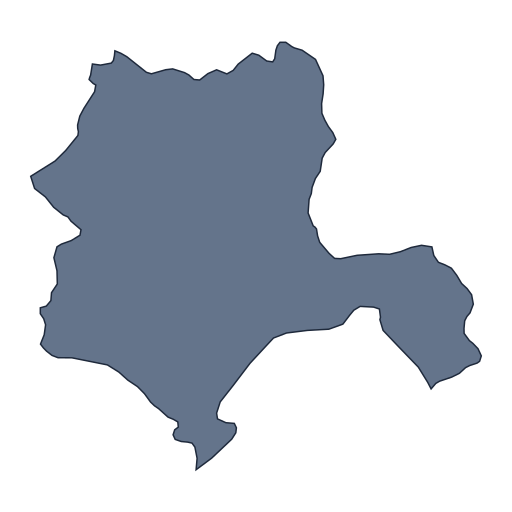 SVG path tracing the border of Konya
{"feature_id": "TUR-3011", "entity_name": "Konya", "entity_type": "Province", "adm_level": 1, "iso_a3": "TUR", "parent_name": "Turkey", "parent_adm1": "", "projection": "robinson", "projection_center": [32.808, 37.948], "detail": "fine", "context": "isolated", "style": "filled", "palette": "slate", "viewbox_px": 512, "rotation_deg": 0, "n_neighbors": 0, "source": "natural_earth", "source_scale": "10m", "svg_char_len": 2300}
<svg xmlns="http://www.w3.org/2000/svg" viewBox="0 0 512 512"><path d="M285.8,42.3L291.8,46.6L294.3,47.9L302.1,50.2L315.5,59.4L323.0,75.8L323.7,84.8L323.1,93.9L321.6,103.6L321.9,113.3L324.8,120.1L328.4,126.6L332.8,132.6L335.8,139.3L333.2,143.9L325.2,152.5L322.2,158.1L320.2,171.3L315.4,178.5L312.1,187.4L311.3,193.6L309.1,199.3L308.1,213.0L313.2,225.9L315.0,227.1L316.5,229.0L317.6,235.9L319.7,242.3L329.0,253.3L334.6,258.4L340.7,258.7L357.1,255.3L378.7,253.8L389.6,254.3L400.4,251.7L411.1,247.5L421.5,245.3L431.9,246.9L433.8,255.5L438.4,262.3L445.0,264.9L451.4,268.2L456.8,275.4L461.6,283.5L467.1,288.6L471.6,294.7L473.3,304.2L470.0,312.9L466.9,316.5L464.7,320.8L464.0,328.4L464.1,333.4L469.4,340.6L472.8,343.3L478.0,348.7L481.3,355.9L479.6,361.3L477.1,363.1L469.8,365.5L465.6,367.6L459.4,373.3L451.7,377.1L439.6,381.2L435.8,383.4L431.1,388.9L427.7,382.3L418.3,367.1L410.1,358.6L398.8,346.9L383.1,330.4L379.9,319.7L380.5,317.2L379.4,309.0L373.6,307.1L360.1,306.4L353.8,310.2L349.6,315.3L342.9,324.1L328.8,329.2L307.4,330.4L286.5,333.0L273.5,338.0L266.3,345.7L250.0,363.3L233.2,385.4L220.2,401.9L216.6,413.1L217.5,418.9L225.9,422.7L234.3,423.4L236.4,427.8L235.8,432.8L231.7,439.2L211.7,458.1L196.1,469.7L197.1,458.3L194.9,447.1L192.0,443.1L187.6,442.1L181.2,441.5L175.2,439.4L173.1,434.8L174.7,429.8L178.3,427.1L177.8,421.9L173.3,419.3L168.0,417.1L158.7,408.7L154.5,405.8L150.6,402.1L144.5,393.7L137.5,386.6L127.8,380.1L118.9,372.1L107.4,364.9L71.9,357.8L58.0,357.7L52.0,355.4L46.6,351.2L43.4,347.9L40.5,344.1L44.2,334.8L45.6,324.8L43.7,318.7L40.3,313.7L40.3,307.8L46.3,306.1L50.9,300.6L51.5,292.7L57.3,284.0L57.0,270.8L53.9,257.7L57.0,246.8L61.4,244.1L71.2,240.6L80.0,235.2L81.0,229.7L71.1,221.3L67.9,216.9L63.2,214.9L53.7,207.3L45.4,196.9L34.6,188.5L30.7,176.3L55.1,161.0L65.7,150.5L77.9,135.5L78.4,131.7L77.7,128.4L77.6,125.0L79.8,116.1L84.0,108.2L94.6,91.7L95.8,85.0L93.2,83.5L89.1,79.5L89.7,77.4L90.6,75.2L92.4,64.0L100.5,65.1L111.3,63.1L113.4,60.5L114.4,55.7L114.9,50.8L120.9,53.3L126.8,56.7L146.4,72.3L151.4,73.8L165.8,69.7L172.7,68.9L184.5,72.6L188.9,75.0L193.9,79.5L199.7,80.0L207.9,73.6L216.6,69.8L226.9,73.9L233.2,70.4L238.2,64.1L252.2,53.2L258.8,55.2L266.7,61.0L272.7,61.9L274.7,58.8L275.9,50.1L277.4,45.7L280.0,42.3L285.8,42.3Z" fill="#64748b" stroke="#1e293b" stroke-width="1.5"/></svg>